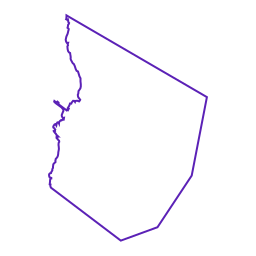 the district of Ngermetengel, Palau
{"feature_id": "81905179B39687877092944", "entity_name": "Ngermetengel", "entity_type": "district", "adm_level": 2, "iso_a3": "PLW", "parent_name": "Palau", "parent_adm1": "", "projection": "natural_earth1", "projection_center": [134.5, 7.522], "detail": "fine", "context": "isolated", "style": "outline", "palette": "violet", "viewbox_px": 256, "rotation_deg": 0, "n_neighbors": 0, "source": "geoboundaries", "source_scale": "gbopen_adm2", "svg_char_len": 2201}
<svg xmlns="http://www.w3.org/2000/svg" viewBox="0 0 256 256"><path d="M66.5,15.4L66.5,16.6L66.4,17.8L66.4,18.6L66.1,19.2L67.1,19.8L67.9,19.4L68.1,20.4L68.2,21.3L68.5,22.4L69.1,23.0L68.8,23.9L68.1,24.8L67.9,26.4L67.5,27.8L68.6,28.7L68.7,29.6L68.3,30.8L68.1,31.8L67.6,33.8L66.4,36.5L66.0,38.2L65.7,39.8L66.1,41.6L66.9,42.9L68.1,42.8L67.7,44.1L68.0,45.3L67.4,46.3L67.5,47.8L67.7,49.5L68.1,51.1L69.0,52.4L70.1,53.0L70.3,54.6L70.6,56.2L70.7,57.6L70.6,58.8L70.9,59.8L71.9,61.7L72.8,63.3L73.8,64.0L74.7,65.9L75.2,67.4L75.7,69.0L76.6,70.8L78.0,71.5L78.2,72.2L79.5,76.4L80.5,78.3L80.5,81.5L80.8,84.2L80.8,86.5L80.4,88.3L79.7,89.4L78.5,91.1L78.3,93.5L77.8,94.8L78.0,96.4L78.4,97.5L79.1,98.3L80.2,99.8L79.8,100.5L79.1,101.4L77.6,100.8L76.2,100.8L75.3,101.0L75.0,101.9L74.3,100.9L73.1,100.8L72.4,101.7L71.7,102.5L71.3,103.6L70.0,103.5L69.6,104.6L69.5,105.1L69.0,106.1L67.9,107.9L68.8,108.6L68.0,110.1L67.3,109.5L66.7,110.4L58.6,104.3L58.6,102.7L57.4,101.6L56.4,102.5L54.4,101.0L54.2,101.7L55.6,103.1L61.5,107.4L63.3,109.6L63.4,111.0L62.9,112.0L62.2,113.8L61.7,115.1L61.9,116.4L62.7,117.8L63.3,118.0L64.0,117.8L63.7,119.7L62.4,119.8L61.6,120.4L61.2,120.1L60.9,120.2L59.8,121.2L59.1,122.2L59.0,123.5L58.6,122.7L57.9,122.3L57.3,122.5L56.7,123.6L56.3,125.5L55.4,124.1L54.6,124.4L53.6,125.8L53.2,126.9L53.4,127.6L54.6,128.4L54.8,129.2L55.2,129.7L54.9,130.1L55.0,130.8L54.1,130.8L53.7,131.0L54.0,131.7L54.6,132.1L55.2,133.2L55.8,133.6L56.2,134.5L56.8,135.2L57.3,135.6L57.9,136.2L56.7,136.0L56.5,137.2L56.6,138.1L57.0,138.4L57.4,138.2L57.3,138.8L57.6,139.1L58.2,139.9L59.0,140.6L59.2,141.2L59.2,141.9L58.7,142.7L58.6,143.5L58.5,145.0L58.7,146.3L58.8,147.5L58.9,148.6L58.8,149.7L58.5,151.2L58.3,152.3L58.2,154.0L58.0,155.0L57.9,155.7L57.3,157.1L56.5,158.1L55.7,159.0L55.6,159.9L55.4,160.4L55.4,161.0L55.5,161.6L55.4,162.3L54.7,162.7L54.1,163.3L53.3,164.3L53.2,165.2L53.0,166.6L53.0,167.9L52.6,168.5L52.3,169.4L52.3,170.5L51.4,171.8L51.0,173.1L49.8,173.4L49.1,174.3L49.1,175.9L49.6,177.3L51.3,177.9L51.3,178.5L50.4,178.7L50.1,179.9L50.0,181.9L49.7,184.3L50.5,184.5L50.3,185.6L50.6,187.0L51.1,187.7L51.1,187.8L120.8,240.6L157.5,227.2L191.7,175.6L206.9,97.1L66.5,15.4Z" fill="none" stroke="#5b21b6" stroke-width="2"/></svg>